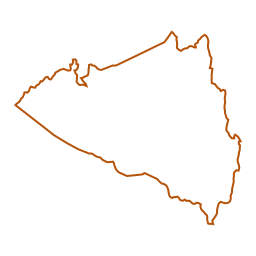 Boa Nova, Bahia, Brazil
{"feature_id": "56859067B98437240854807", "entity_name": "Boa Nova", "entity_type": "district", "adm_level": 2, "iso_a3": "BRA", "parent_name": "Brazil", "parent_adm1": "Bahia", "projection": "equal_earth", "projection_center": [-40.215, -14.372], "detail": "fine", "context": "isolated", "style": "outline", "palette": "amber", "viewbox_px": 256, "rotation_deg": 0, "n_neighbors": 0, "source": "geoboundaries", "source_scale": "gbopen_adm2", "svg_char_len": 3253}
<svg xmlns="http://www.w3.org/2000/svg" viewBox="0 0 256 256"><path d="M211.5,57.9L209.8,55.2L209.4,52.6L208.6,49.9L208.1,48.0L207.9,45.6L208.2,43.3L208.4,41.2L207.6,38.1L206.2,35.8L204.7,34.9L202.9,36.1L201.3,37.3L200.1,38.9L198.1,40.5L197.9,42.5L196.4,43.2L195.0,44.5L195.9,47.4L194.5,47.5L193.1,46.7L191.5,46.2L189.8,46.1L188.6,47.0L187.1,48.3L185.1,48.4L183.1,49.3L181.0,50.9L178.8,49.8L176.9,47.9L177.1,45.0L177.0,42.2L176.4,39.6L176.8,37.1L175.0,35.6L173.3,33.2L171.7,31.9L168.2,37.1L164.4,42.2L157.8,45.3L141.4,53.3L116.9,65.1L114.9,65.7L112.9,65.4L101.4,69.9L98.9,69.5L97.1,68.3L95.9,66.7L94.3,65.7L92.4,65.5L91.1,64.4L89.0,65.0L89.0,67.0L88.6,69.2L88.5,72.6L87.8,75.3L85.5,76.4L84.2,76.8L82.6,77.9L81.1,78.0L82.2,79.9L84.1,82.4L85.7,83.7L86.5,86.0L84.5,85.1L82.9,84.6L81.5,84.8L79.6,85.0L78.2,83.9L76.6,81.6L76.9,77.9L77.2,75.2L75.6,73.4L74.5,70.5L75.9,70.2L77.3,68.9L78.0,66.8L78.2,64.5L76.4,64.0L76.4,60.5L75.2,59.4L72.8,59.6L73.2,62.3L71.9,64.6L70.2,64.6L70.4,66.4L70.8,68.2L70.3,70.3L68.1,70.6L66.0,69.8L63.7,68.9L61.2,69.6L59.8,69.9L58.4,71.1L56.8,71.8L55.3,72.7L54.7,74.6L53.1,76.2L52.1,77.9L50.7,79.5L49.0,79.0L47.7,76.9L46.0,77.1L44.7,78.4L43.6,79.9L42.1,81.4L40.6,81.2L39.8,83.0L38.5,84.5L36.6,85.4L35.1,87.7L33.4,87.4L30.9,86.7L29.8,88.4L29.2,90.5L27.5,92.6L25.9,92.3L24.4,92.5L24.0,94.4L22.8,97.0L21.0,98.8L19.7,101.4L18.1,102.7L16.7,103.7L15.4,105.1L43.7,127.1L54.0,135.2L67.5,143.4L78.4,149.3L89.3,153.6L91.0,153.4L92.7,154.0L94.6,155.4L96.4,156.5L98.2,157.1L99.8,157.3L101.0,158.2L102.5,159.8L104.4,160.8L105.8,161.5L107.2,162.2L113.1,161.7L114.0,163.7L115.0,167.1L116.2,169.6L117.7,171.5L119.4,172.6L127.0,176.0L139.0,174.8L142.8,174.3L144.4,173.0L157.2,179.0L158.6,180.6L159.9,182.0L161.5,183.3L163.2,183.9L164.8,184.4L166.4,185.7L167.5,187.6L168.3,190.3L168.8,193.7L169.6,196.0L170.6,197.3L172.5,197.9L174.1,196.9L175.5,197.2L177.5,196.6L178.8,197.9L180.3,200.1L182.6,200.8L184.8,199.6L186.4,200.9L188.5,200.7L189.9,201.1L191.2,202.3L192.9,203.7L194.8,203.9L196.6,202.7L198.7,203.1L200.8,204.4L200.4,206.7L201.2,209.2L202.3,210.6L204.0,212.1L205.5,214.2L206.8,215.1L207.3,217.0L207.1,218.9L207.6,221.3L208.1,223.5L209.8,224.0L211.2,223.7L213.1,224.1L212.3,220.5L213.3,219.2L214.3,217.9L215.6,216.0L216.8,213.9L217.1,211.5L217.1,209.6L217.7,207.1L218.5,204.2L219.4,202.8L220.8,201.9L222.6,202.5L224.3,203.0L225.6,203.3L227.2,203.0L228.8,202.4L230.2,200.9L230.8,198.4L230.6,196.0L231.3,194.1L232.0,192.1L232.1,188.9L232.7,186.4L233.2,184.2L233.7,181.6L233.6,178.4L233.9,176.5L233.8,174.6L234.3,172.3L236.2,170.3L238.5,170.6L239.3,167.8L238.7,164.4L237.8,161.9L237.6,159.3L238.5,156.0L239.1,152.3L239.7,149.9L239.8,147.5L240.0,145.3L238.8,144.0L238.9,141.6L240.6,141.3L239.4,139.0L238.1,136.9L236.5,135.6L235.2,134.7L234.2,136.2L234.2,138.3L231.8,138.3L230.4,136.7L229.3,135.5L228.5,133.0L226.4,130.5L226.4,127.7L226.9,125.6L227.7,121.8L228.3,119.8L226.5,118.0L225.7,115.0L224.9,112.4L225.0,110.3L224.5,108.5L224.6,105.2L225.2,102.2L224.8,99.8L224.8,97.2L225.4,94.7L225.4,92.7L225.1,90.5L223.0,89.8L220.8,91.1L219.6,88.9L218.1,88.2L216.4,86.2L215.2,84.4L213.4,83.6L211.9,83.2L211.6,81.1L211.7,78.3L211.6,75.3L212.0,72.5L212.4,68.7L209.8,68.0L210.7,65.3L211.1,61.7L211.5,57.9Z" fill="none" stroke="#b45309" stroke-width="2"/></svg>